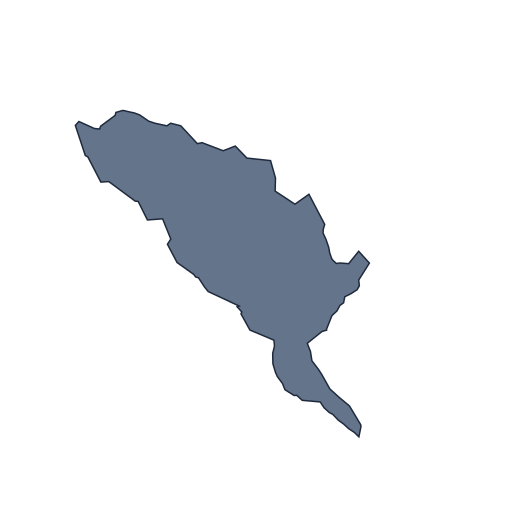 outline of Ibesikpo Asutan, Akwa Ibom, Nigeria, rotated 328°
{"feature_id": "59680162B22561739962750", "entity_name": "Ibesikpo Asutan", "entity_type": "district", "adm_level": 2, "iso_a3": "NGA", "parent_name": "Nigeria", "parent_adm1": "Akwa Ibom", "projection": "equal_earth", "projection_center": [7.957, 4.894], "detail": "fine", "context": "isolated", "style": "filled", "palette": "slate", "viewbox_px": 512, "rotation_deg": 328, "n_neighbors": 0, "source": "geoboundaries", "source_scale": "gbopen_adm2", "svg_char_len": 1414}
<svg xmlns="http://www.w3.org/2000/svg" viewBox="0 0 512 512"><g transform="rotate(328 256 256)"><path d="M276.6,356.3L277.1,355.4L288.8,346.8L295.5,345.5L301.0,342.4L305.5,342.1L309.7,337.6L316.8,338.3L323.8,338.2L327.8,336.1L330.4,330.8L348.4,322.1L345.6,306.4L330.5,311.6L323.6,306.5L320.2,304.9L319.0,300.7L318.8,298.3L320.2,292.3L322.2,287.4L324.2,278.8L325.0,272.2L327.0,269.2L331.0,265.6L333.6,231.7L316.5,232.7L306.6,211.1L313.8,200.3L318.9,182.8L300.8,168.6L300.2,168.3L296.7,151.8L286.4,149.8L283.9,149.3L270.3,131.3L265.8,129.6L261.2,105.7L254.0,98.2L249.4,98.4L240.6,89.8L236.4,84.7L232.1,74.7L228.8,70.4L225.1,66.8L220.3,62.0L213.3,60.0L211.1,62.1L192.9,63.6L190.7,65.5L186.4,62.1L177.1,48.1L172.0,49.5L164.5,80.3L165.9,82.9L163.6,111.1L170.6,114.9L182.6,145.4L185.0,147.3L183.0,167.9L196.5,175.0L192.7,196.5L187.1,199.1L185.6,219.7L193.5,238.8L193.7,241.8L195.7,244.0L195.9,254.8L196.6,260.8L215.2,289.5L213.1,289.0L214.3,296.0L212.6,297.1L211.6,315.6L226.6,336.9L223.9,342.2L218.5,347.5L213.2,356.4L210.9,364.8L210.2,369.6L210.9,378.1L209.7,384.8L214.4,394.5L216.7,395.7L218.7,402.9L233.1,413.8L233.3,420.7L235.2,427.6L237.2,431.0L238.8,438.9L241.3,445.0L243.1,451.6L245.9,457.7L247.4,463.9L254.7,456.2L255.4,454.6L255.8,432.7L251.5,419.6L248.2,407.9L249.0,391.0L248.9,385.5L247.9,374.5L251.6,365.8L253.2,357.2L272.0,355.0L276.6,356.3Z" fill="#64748b" stroke="#1e293b" stroke-width="1.5"/></g></svg>